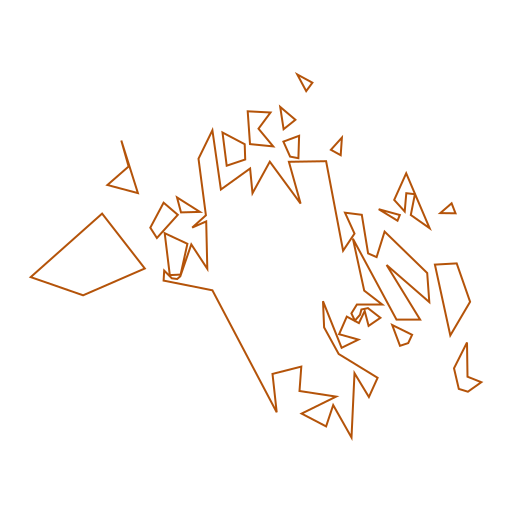 the district of Cat Hai, Quảng Ninh, Vietnam
{"feature_id": "81297802B5756602808944", "entity_name": "Cat Hai", "entity_type": "district", "adm_level": 2, "iso_a3": "VNM", "parent_name": "Vietnam", "parent_adm1": "Quảng Ninh", "projection": "equal_earth", "projection_center": [107.044, 20.763], "detail": "medium", "context": "isolated", "style": "outline", "palette": "amber", "viewbox_px": 512, "rotation_deg": 0, "n_neighbors": 0, "source": "geoboundaries", "source_scale": "gbopen_adm2", "svg_char_len": 1937}
<svg xmlns="http://www.w3.org/2000/svg" viewBox="0 0 512 512"><path d="M212.4,130.3L198.5,158.7L205.9,215.3L192.2,227.6L206.2,221.4L207.3,268.8L191.3,244.4L180.3,276.3L177.2,279.0L171.8,278.3L164.2,270.6L163.6,280.6L212.4,290.3L276.7,412.3L272.5,373.9L301.3,366.6L299.5,391.0L336.1,396.6L301.6,413.6L326.1,426.4L333.2,405.1L351.5,437.5L354.5,373.2L368.9,397.0L377.6,377.8L338.7,354.0L324.1,327.4L323.0,301.2L341.6,347.8L358.4,339.6L339.1,334.2L346.8,316.6L358.9,323.1L364.7,311.0L368.6,325.9L380.4,317.8L367.9,308.1L361.4,309.5L360.0,314.8L354.9,320.6L351.4,313.4L356.9,304.5L382.2,304.5L364.2,290.6L352.9,238.7L396.5,319.6L420.1,319.6L386.6,265.0L429.3,302.1L427.2,273.0L384.6,231.6L376.6,257.1L368.1,253.4L361.8,214.8L345.0,212.7L354.5,233.6L343.1,250.7L326.1,161.2L288.9,161.8L300.6,203.6L269.8,161.7L252.5,193.2L250.1,168.5L220.9,189.5L212.4,130.3ZM30.7,277.1L83.1,295.3L144.8,268.5L102.1,213.6L30.7,277.1ZM456.7,263.4L434.9,264.6L450.3,335.4L470.1,301.8L456.7,263.4ZM137.9,193.1L121.3,140.5L128.6,166.5L107.4,185.0L137.9,193.1ZM187.4,243.8L164.7,233.2L169.8,275.1L180.6,274.6L187.4,243.8ZM467.5,376.7L467.0,342.5L454.0,368.3L458.8,388.9L467.9,391.7L481.3,382.2L467.5,376.7ZM429.6,228.2L406.2,173.3L394.2,199.9L404.7,211.5L406.3,193.2L414.9,194.2L410.8,215.0L429.6,228.2ZM177.8,214.8L163.6,202.7L150.3,227.7L156.9,238.0L177.8,214.8ZM270.5,112.5L247.7,111.3L250.0,144.1L273.2,146.4L258.5,128.7L270.5,112.5ZM222.5,132.5L226.7,165.7L245.2,159.5L244.7,144.2L222.5,132.5ZM199.9,211.9L177.0,197.4L181.0,212.4L199.9,211.9ZM392.2,325.0L400.0,345.8L408.2,343.1L412.1,334.8L392.2,325.0ZM295.4,119.8L280.2,106.9L283.6,129.2L295.4,119.8ZM312.4,82.7L297.3,74.5L306.2,91.1L312.4,82.7ZM399.8,215.0L378.7,209.2L397.5,220.7L399.8,215.0ZM299.1,135.8L283.4,141.6L290.1,156.6L298.4,158.2L299.1,135.8ZM341.9,137.6L330.9,149.8L340.7,155.2L341.9,137.6ZM451.6,203.3L440.3,213.1L455.5,213.3L451.6,203.3Z" fill="none" stroke="#b45309" stroke-width="2"/></svg>